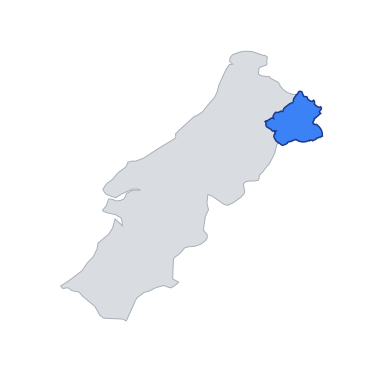 Bragança on a map of Portugal (Equal Earth projection), rotated 35°
{"feature_id": "PRT-750", "entity_name": "Bragança", "entity_type": "District", "adm_level": 1, "iso_a3": "PRT", "parent_name": "Portugal", "parent_adm1": "", "projection": "equal_earth", "projection_center": [-6.92, 41.518], "detail": "fine", "context": "in_parent", "style": "filled", "palette": "blue", "viewbox_px": 384, "rotation_deg": 35, "n_neighbors": 0, "source": "natural_earth", "source_scale": "10m", "svg_char_len": 4400}
<svg xmlns="http://www.w3.org/2000/svg" viewBox="0 0 384 384"><g transform="rotate(35 192 192)"><path d="M151.1,49.6L155.4,45.7L159.6,43.1L161.9,42.1L171.6,39.4L174.2,38.1L176.5,38.3L176.9,39.6L178.3,42.1L179.8,43.8L180.2,45.1L176.5,50.4L175.9,52.3L177.9,55.7L178.2,56.7L179.2,57.2L181.8,57.1L186.4,54.9L189.6,53.0L190.7,53.8L199.8,52.7L202.0,53.6L203.4,54.5L207.9,55.8L212.8,55.9L218.9,54.1L221.6,52.3L222.1,50.3L222.2,48.8L223.0,47.8L224.4,47.3L226.5,48.3L229.6,49.1L237.0,49.4L238.5,48.3L241.0,48.6L244.3,50.0L248.2,49.5L250.1,51.3L250.9,53.6L251.1,58.5L250.8,63.6L251.6,65.4L254.2,65.9L258.4,65.8L262.1,67.2L265.1,69.6L266.1,72.0L266.5,73.7L265.0,74.7L263.0,78.2L257.9,83.0L250.6,87.2L245.0,92.5L241.1,98.8L236.3,101.5L234.8,102.9L234.2,104.6L237.4,112.4L238.4,118.4L239.2,125.7L238.7,127.8L238.4,135.9L237.7,138.2L237.9,140.2L239.0,142.2L239.6,144.2L237.4,146.7L233.3,149.7L230.3,152.3L229.5,154.7L229.7,156.2L234.8,161.3L235.7,163.4L235.0,168.5L232.1,176.8L229.3,181.8L228.8,182.3L225.6,183.8L210.2,183.8L206.5,185.0L207.0,186.0L210.6,192.5L214.4,196.0L215.6,196.8L217.0,204.4L223.0,216.6L229.0,218.3L231.0,221.3L230.6,225.6L228.8,230.3L225.2,235.2L220.8,238.6L218.0,242.0L217.8,245.9L216.9,250.9L215.5,254.8L215.2,257.5L226.0,274.3L232.1,273.5L232.9,273.8L231.8,277.8L229.9,282.5L227.6,283.4L222.4,284.9L217.4,290.9L213.4,298.2L210.4,301.8L207.6,310.5L208.0,314.3L209.3,320.1L212.1,335.3L208.0,335.9L192.2,345.9L187.3,345.9L178.2,341.5L162.2,340.1L156.9,338.8L150.3,341.7L145.3,341.6L141.2,345.3L138.3,344.3L141.7,336.1L147.0,319.9L146.9,310.1L148.2,301.5L146.9,293.0L144.3,287.8L148.0,274.1L147.6,267.1L144.5,258.2L154.3,259.5L151.3,256.0L148.3,253.8L145.4,254.3L143.0,254.2L134.6,257.6L130.4,258.7L129.2,258.1L129.7,252.6L127.7,245.5L131.0,243.6L134.9,243.0L138.2,240.0L140.3,236.6L139.3,230.6L142.2,224.9L148.9,220.0L145.5,220.8L141.5,223.8L135.1,234.7L133.0,240.3L127.6,242.1L122.8,243.0L120.4,242.4L117.5,241.0L117.2,236.9L117.5,233.6L119.6,227.1L120.5,218.0L123.4,209.8L123.2,207.6L122.4,204.4L125.0,201.2L128.1,199.1L132.9,192.1L139.6,175.4L147.4,157.8L146.8,155.6L145.2,154.0L145.9,149.2L150.6,128.6L152.5,125.9L154.7,119.9L155.2,110.1L156.1,103.4L156.0,100.1L155.3,96.0L152.5,88.3L149.6,72.1L149.4,66.6L152.0,63.9L147.9,63.5L146.1,60.0L146.5,56.0L151.1,49.6Z" fill="#d9dde1" stroke="#a8b0b8" stroke-width="1"/><path d="M254.4,87.2L253.7,87.7L251.1,88.8L250.7,89.1L247.7,89.2L246.9,89.3L246.4,89.9L244.8,92.3L244.5,93.2L244.2,93.7L242.6,95.0L242.0,95.8L241.9,96.2L242.0,97.6L241.6,98.7L239.8,101.4L239.2,102.0L238.0,102.1L235.2,101.8L234.3,102.3L234.2,102.3L233.5,102.1L231.6,102.0L227.6,100.0L227.1,99.4L226.7,98.6L226.5,97.8L226.6,97.3L226.8,96.8L226.8,96.3L226.4,96.2L226.0,96.1L225.7,95.9L225.5,95.7L225.3,95.4L225.5,95.0L225.9,93.8L225.4,94.0L223.7,95.2L223.3,95.8L222.4,95.9L220.9,95.4L217.4,95.7L216.2,95.8L214.7,95.3L214.2,94.8L212.8,92.9L212.1,92.4L211.5,92.4L211.7,91.6L211.8,91.3L212.0,91.0L212.4,90.8L213.1,90.7L213.2,90.3L213.1,89.9L213.2,89.4L213.4,88.6L213.8,88.1L214.2,87.6L214.3,87.3L214.2,87.0L214.3,86.4L215.1,85.5L216.7,85.0L215.6,84.4L215.2,83.9L214.9,83.1L214.6,81.9L214.6,79.0L216.1,77.9L216.5,77.8L216.9,77.5L217.3,77.0L217.7,76.1L218.2,75.1L218.6,74.6L219.0,74.4L219.5,74.4L219.9,74.3L220.2,74.1L220.3,73.8L220.3,73.4L220.1,73.0L219.8,72.7L219.6,72.3L219.5,71.8L219.4,71.0L219.6,69.4L221.1,64.5L222.2,62.2L222.6,61.8L222.9,61.7L223.1,61.3L223.2,61.0L223.2,60.2L223.2,59.7L222.3,58.6L221.9,57.5L221.8,57.0L221.7,55.9L221.8,54.7L221.9,54.1L221.7,53.0L221.6,52.7L222.1,51.9L222.2,51.0L221.9,49.1L222.0,48.3L222.3,47.9L223.0,47.4L223.8,47.0L224.5,46.9L225.9,47.8L227.3,48.9L228.7,49.6L230.3,48.9L231.3,48.1L231.7,48.3L232.4,48.6L233.5,49.5L234.7,49.7L237.5,49.5L238.6,48.9L238.9,47.1L240.2,47.3L241.9,49.8L243.2,50.2L246.4,50.1L247.9,49.6L248.5,48.4L249.6,48.8L250.2,49.5L250.4,50.5L250.1,53.0L250.4,53.4L251.2,53.6L252.4,53.9L251.9,55.1L250.8,59.9L250.6,60.4L250.3,60.9L250.0,61.5L250.1,62.0L250.4,62.5L250.7,63.0L250.8,64.1L251.0,65.3L251.6,66.2L252.9,66.7L253.4,66.6L254.0,66.2L254.7,65.8L255.0,65.4L255.3,65.2L255.9,65.2L259.5,65.9L261.7,66.7L263.8,68.0L265.7,70.0L266.3,70.9L266.8,71.4L264.6,74.6L263.5,75.8L263.2,76.4L263.2,76.8L263.3,77.2L263.3,77.6L261.6,80.3L261.6,80.8L260.2,81.0L259.6,81.2L259.0,81.7L259.1,82.0L259.1,82.5L259.0,82.8L258.8,82.9L258.2,82.8L256.7,85.1L255.2,86.6L254.4,87.2Z" fill="#3b82f6" stroke="#1e3a8a" stroke-width="1.5"/></g></svg>